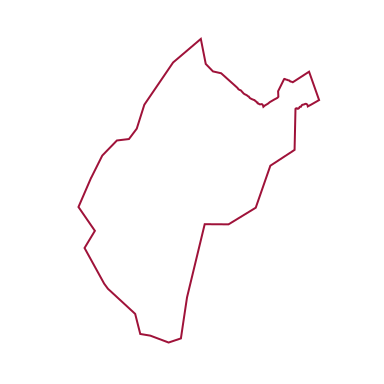 outline of Xarxorin, Övörhangay, Mongolia, rotated 100°
{"feature_id": "93677404B97821511595686", "entity_name": "Xarxorin", "entity_type": "district", "adm_level": 2, "iso_a3": "MNG", "parent_name": "Mongolia", "parent_adm1": "Övörhangay", "projection": "natural_earth1", "projection_center": [102.763, 47.157], "detail": "fine", "context": "isolated", "style": "outline", "palette": "rose", "viewbox_px": 384, "rotation_deg": 100, "n_neighbors": 0, "source": "geoboundaries", "source_scale": "gbopen_adm2", "svg_char_len": 1757}
<svg xmlns="http://www.w3.org/2000/svg" viewBox="0 0 384 384"><g transform="rotate(100 192 192)"><path d="M338.1,177.5L320.0,178.0L296.6,178.6L221.5,173.9L217.5,150.4L196.4,126.5L152.5,119.4L152.4,119.3L132.7,98.3L93.0,104.4L92.1,104.5L91.7,104.2L91.5,103.8L91.3,103.3L91.6,103.0L91.7,102.8L91.7,102.4L91.5,101.9L91.2,101.5L91.0,101.3L89.7,100.8L89.4,100.6L89.3,100.2L89.2,99.6L88.8,99.4L88.0,99.2L87.3,98.8L86.8,98.1L86.5,97.3L86.2,96.7L85.7,96.0L85.4,95.3L85.4,94.8L85.5,94.5L85.9,93.7L86.6,93.2L87.1,93.0L87.6,92.8L85.3,89.9L79.4,82.8L53.2,97.6L66.4,111.8L66.2,112.4L66.1,113.5L66.1,114.2L65.9,114.8L65.5,115.1L65.3,115.5L65.3,115.8L65.3,116.5L65.2,117.0L65.1,117.4L65.0,117.6L65.0,118.3L64.9,119.0L64.8,119.6L64.6,120.1L64.6,120.7L64.8,120.9L77.8,124.7L83.2,123.5L84.4,124.2L85.3,125.3L86.6,127.0L90.0,131.0L91.9,132.6L94.1,135.2L95.7,136.5L94.9,136.9L94.5,137.1L94.1,137.3L93.9,137.6L93.5,138.0L93.4,138.3L93.4,138.8L93.7,139.6L93.9,140.3L93.9,140.6L93.7,141.0L93.6,141.4L93.5,142.0L93.4,142.3L93.3,142.6L93.1,142.8L92.8,142.8L92.5,143.0L92.5,143.4L92.5,143.7L91.9,144.3L91.6,144.9L91.4,145.3L91.3,145.6L90.9,146.0L90.6,146.6L90.6,147.3L90.4,147.9L90.1,149.4L89.5,151.1L89.3,151.5L88.6,152.2L88.4,152.5L88.2,152.6L88.1,153.1L87.8,153.8L87.3,154.6L87.1,155.2L86.9,155.8L86.7,156.5L86.6,157.0L86.3,157.7L85.9,158.5L85.4,159.0L84.9,159.7L84.3,160.5L83.8,161.0L83.4,161.7L83.3,162.2L83.2,163.0L82.9,163.6L82.7,164.2L82.0,164.8L81.2,165.9L70.0,183.9L69.6,192.3L63.5,200.7L39.7,209.9L67.7,233.1L114.3,254.1L139.2,257.4L150.8,263.3L154.3,274.9L171.7,286.7L195.3,293.7L195.4,293.8L226.5,301.2L247.1,280.9L265.8,288.1L297.5,262.6L301.9,258.0L321.9,226.8L340.8,218.3L340.7,208.1L344.3,188.9L338.1,177.5Z" fill="none" stroke="#9f1239" stroke-width="2"/></g></svg>